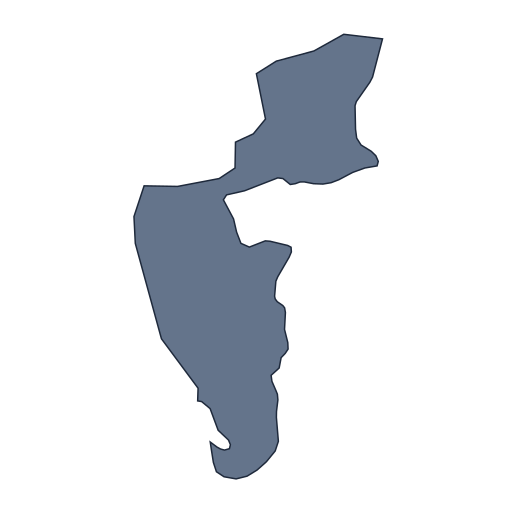 the border of Al Buraymi, rotated 181°
{"feature_id": "OMN-4836", "entity_name": "Al Buraymi", "entity_type": "Province", "adm_level": 1, "iso_a3": "OMN", "parent_name": "Oman", "parent_adm1": "", "projection": "mercator", "projection_center": [55.822, 24.259], "detail": "fine", "context": "isolated", "style": "filled", "palette": "slate", "viewbox_px": 512, "rotation_deg": 181, "n_neighbors": 0, "source": "natural_earth", "source_scale": "10m", "svg_char_len": 1325}
<svg xmlns="http://www.w3.org/2000/svg" viewBox="0 0 512 512"><g transform="rotate(181 256 256)"><path d="M272.0,32.8L283.4,34.6L284.1,34.7L291.8,39.6L295.0,48.8L297.4,62.5L298.5,69.2L291.7,64.3L288.1,62.4L284.1,61.4L279.2,62.9L278.3,66.9L280.3,71.5L290.8,81.1L299.2,102.6L307.8,109.5L311.8,110.1L311.6,122.8L349.1,171.6L376.9,266.5L378.7,293.3L369.1,324.2L335.6,324.2L294.2,332.8L278.5,343.6L278.5,369.5L260.8,378.1L248.9,393.1L258.8,438.3L239.1,451.2L201.7,462.0L172.1,479.2L133.3,475.3L142.6,436.9L145.2,431.7L158.4,412.1L159.6,408.0L158.7,384.5L157.4,375.6L152.9,368.8L142.6,362.7L137.9,358.3L135.4,352.7L136.5,348.2L148.7,345.9L160.7,341.3L166.2,338.3L174.5,333.7L182.2,330.6L190.3,329.1L199.7,329.3L208.9,330.9L213.3,330.8L217.9,329.0L223.0,328.1L230.4,333.9L235.6,334.5L268.6,321.0L286.5,316.6L289.6,311.6L279.1,292.7L275.8,279.5L271.3,268.4L262.8,264.8L247.0,271.3L242.2,271.0L224.5,267.1L221.1,265.4L220.7,260.7L222.9,255.3L233.9,235.6L235.7,231.1L236.7,216.1L236.1,213.5L234.0,210.7L228.3,206.9L226.5,204.7L225.6,200.0L226.2,183.1L222.7,170.0L222.3,163.5L225.1,159.1L229.1,154.8L230.9,144.4L238.8,137.0L237.9,131.0L233.6,121.5L232.2,118.2L231.6,112.5L232.8,100.9L232.8,95.0L230.4,71.1L233.4,61.4L242.0,50.5L250.0,43.1L251.2,42.0L261.1,35.7L272.0,32.8Z" fill="#64748b" stroke="#1e293b" stroke-width="1.5"/></g></svg>